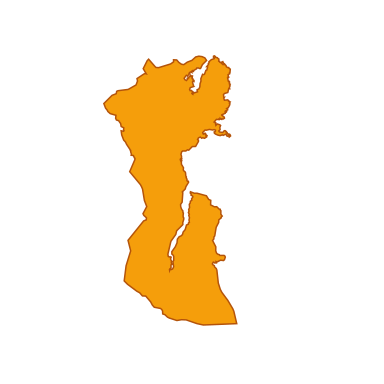 Etne nor, Hordaland, Norway, rotated 139°
{"feature_id": "86288312B21434642963", "entity_name": "Etne nor", "entity_type": "district", "adm_level": 2, "iso_a3": "NOR", "parent_name": "Norway", "parent_adm1": "Hordaland", "projection": "mercator", "projection_center": [6.058, 59.799], "detail": "fine", "context": "isolated", "style": "filled", "palette": "amber", "viewbox_px": 384, "rotation_deg": 139, "n_neighbors": 0, "source": "geoboundaries", "source_scale": "gbopen_adm2", "svg_char_len": 6089}
<svg xmlns="http://www.w3.org/2000/svg" viewBox="0 0 384 384"><g transform="rotate(139 192 192)"><path d="M301.5,169.4L301.2,164.6L298.7,153.2L297.6,150.3L297.6,146.1L295.2,143.8L295.3,136.2L296.1,132.7L296.1,129.8L292.2,124.8L291.9,123.2L292.3,121.5L294.1,119.2L292.9,117.1L292.6,113.7L291.8,111.7L287.7,104.9L283.7,102.5L280.3,99.3L274.6,89.4L270.7,84.2L244.6,63.3L238.7,74.5L237.8,77.2L236.1,86.6L235.3,96.7L234.5,100.0L231.9,106.0L224.5,116.7L223.9,118.3L224.1,120.7L223.5,121.7L224.0,123.6L223.8,124.4L222.0,125.1L221.6,124.8L221.5,123.7L220.1,122.5L219.5,123.7L218.9,122.7L215.2,121.8L213.2,119.6L211.9,119.6L209.6,121.0L209.2,122.0L209.4,123.1L212.6,125.9L212.5,126.8L213.4,128.3L213.6,129.6L212.7,132.0L210.0,135.0L208.3,141.9L206.4,142.2L204.9,143.7L203.7,143.9L196.9,149.5L191.9,151.5L190.0,153.4L186.9,153.3L186.6,153.9L185.0,154.0L184.8,156.3L182.5,158.9L182.6,159.5L182.0,160.4L182.7,161.2L183.0,164.7L184.8,166.1L186.4,170.1L183.3,173.4L184.3,175.5L183.6,179.7L189.0,187.8L191.1,189.6L193.0,193.2L194.0,192.4L193.9,191.0L194.8,190.3L194.2,188.5L194.6,187.7L196.8,187.1L197.6,185.9L199.3,186.1L200.7,184.8L202.1,184.5L204.1,181.8L206.0,181.0L206.8,179.6L208.3,178.8L208.6,177.0L209.7,176.6L210.8,174.2L212.6,172.9L213.9,170.8L214.9,171.0L216.0,170.1L217.8,170.7L221.8,168.1L224.9,167.6L227.2,166.1L229.4,166.1L230.9,166.7L234.0,166.0L236.6,163.5L240.6,161.6L246.4,160.2L247.9,158.4L247.7,156.6L248.0,155.5L250.6,152.4L252.0,152.1L254.9,147.6L257.0,146.7L258.6,147.1L259.4,148.3L260.0,147.6L260.4,147.4L259.8,148.3L259.0,148.3L258.5,147.8L258.6,148.4L257.4,148.7L255.8,150.7L254.7,150.6L253.9,152.3L252.8,153.4L252.2,155.5L250.5,156.5L251.0,157.5L251.9,157.5L251.6,157.6L252.2,158.9L251.0,160.9L240.3,168.6L232.1,170.6L229.0,172.8L220.3,173.4L219.0,175.0L216.3,176.7L215.2,177.8L215.2,178.6L214.4,179.8L212.3,181.8L212.3,182.5L211.3,183.7L211.2,185.6L210.3,188.1L208.8,190.1L206.1,190.8L199.4,197.5L199.3,198.4L195.1,198.7L193.2,200.0L188.2,201.6L187.7,202.5L188.4,203.2L188.2,204.1L187.4,204.9L187.0,206.7L186.4,207.0L186.1,208.3L184.3,210.7L184.0,211.9L184.3,213.3L184.1,214.4L182.5,215.9L181.8,219.8L180.3,221.7L180.1,223.1L179.8,223.6L179.5,223.1L179.7,222.1L179.0,222.5L179.0,223.1L177.9,223.9L178.5,224.5L177.5,224.6L176.4,225.9L175.6,227.7L173.4,229.1L172.2,229.1L169.7,227.0L167.7,226.8L167.0,225.7L162.0,226.1L159.4,224.0L154.0,225.9L153.1,226.9L153.4,227.9L151.6,228.6L149.7,228.0L149.4,226.2L148.3,225.9L147.3,224.3L145.3,224.0L145.0,224.6L144.6,224.1L143.7,224.7L144.1,225.1L144.1,226.2L143.2,225.8L143.7,226.3L143.6,227.1L144.1,227.7L143.0,227.2L143.9,228.0L145.4,228.2L145.5,228.8L144.9,229.9L141.5,230.2L140.6,229.2L137.8,227.8L135.7,225.2L134.4,224.6L133.7,223.3L134.9,222.3L135.8,222.8L136.5,221.8L136.3,220.4L135.2,218.0L133.8,216.1L131.5,215.2L131.3,214.3L128.5,213.5L128.9,211.0L127.6,210.3L127.9,209.0L126.1,209.0L125.7,209.9L126.2,210.3L125.8,211.0L126.5,211.3L126.5,212.1L127.1,212.9L126.5,213.8L126.9,215.1L126.5,215.2L126.7,216.5L127.4,217.1L129.8,216.8L131.8,219.2L131.9,220.0L131.5,220.6L129.9,220.6L128.6,222.5L126.8,223.4L126.9,224.5L128.3,226.8L130.3,226.6L129.3,228.5L128.9,228.9L129.2,228.0L128.6,228.7L129.4,230.3L125.9,230.8L123.9,228.7L123.5,228.9L123.8,229.0L123.7,229.3L123.1,228.7L122.5,229.2L122.5,228.1L121.9,227.2L121.5,227.3L121.8,228.2L120.6,226.6L119.1,226.4L118.5,227.4L119.0,228.3L118.7,229.4L119.2,230.2L118.8,230.7L115.3,229.6L114.4,230.7L114.1,229.9L113.5,229.8L112.9,230.2L112.9,231.1L111.2,230.6L110.6,231.4L110.9,232.2L109.2,231.9L106.6,232.9L105.5,233.7L105.7,234.2L105.3,234.7L104.1,234.9L104.8,236.6L104.4,236.8L104.6,238.1L107.3,240.0L106.5,241.9L105.5,242.2L106.0,242.5L104.3,244.9L102.8,245.0L99.7,243.6L96.5,245.9L95.8,245.2L95.3,246.3L93.7,247.1L93.7,247.6L93.0,247.9L93.0,248.5L92.5,248.5L92.7,249.3L91.5,250.4L91.8,250.9L91.4,251.2L91.9,251.7L90.6,254.3L89.1,254.5L89.6,255.2L88.7,255.4L87.8,256.9L85.9,256.5L85.3,257.5L84.9,257.3L82.5,259.6L82.9,261.0L82.6,261.8L83.5,262.7L83.9,264.1L83.4,264.9L83.4,266.2L84.3,267.3L83.4,267.5L83.7,268.6L83.2,270.2L84.5,270.6L85.2,269.2L85.4,270.8L85.9,271.8L85.5,272.5L86.0,273.2L84.5,274.7L84.7,275.5L84.8,275.7L84.8,276.8L85.8,278.1L85.5,278.8L85.7,280.0L86.6,280.4L87.4,279.7L87.2,278.7L87.7,278.1L90.6,279.2L93.8,279.2L94.2,278.4L95.4,278.3L95.8,277.5L98.5,277.0L98.1,276.7L98.1,276.2L100.9,274.3L101.7,274.7L105.3,272.7L106.2,272.9L106.8,273.9L111.0,271.7L112.5,269.8L114.8,268.5L117.1,266.2L119.1,265.3L121.2,265.8L122.1,264.0L126.7,265.9L126.1,265.8L125.9,266.0L126.6,266.1L126.3,266.2L127.3,265.8L127.2,266.4L127.3,265.9L127.5,266.4L125.6,267.3L126.0,269.3L126.9,269.7L126.6,270.9L124.9,271.9L121.5,270.5L121.6,270.9L120.8,271.6L120.8,272.1L119.4,274.8L118.5,275.0L118.0,274.1L117.3,274.9L117.6,276.0L117.1,276.6L117.5,277.5L115.5,279.3L116.3,280.0L116.5,280.9L117.1,279.9L117.6,280.8L119.0,280.6L119.5,281.3L119.9,280.3L121.0,280.9L121.2,280.1L123.1,279.8L123.7,281.5L123.3,283.0L119.7,283.8L119.4,282.9L117.6,282.5L116.6,283.3L115.9,282.9L115.5,283.8L114.2,283.4L113.7,282.3L113.3,283.3L112.2,283.3L112.4,282.7L111.8,282.0L111.0,282.6L107.8,282.0L107.0,282.4L105.8,281.4L105.0,279.8L104.3,279.7L100.6,281.3L94.7,281.7L94.3,284.8L95.6,287.6L97.7,290.0L100.6,291.5L105.7,291.4L110.4,293.1L114.6,293.5L116.1,295.3L116.9,298.4L116.9,301.7L119.2,303.9L120.5,302.3L124.2,302.7L135.7,307.8L137.6,309.8L137.6,320.7L139.7,320.5L147.9,317.1L149.0,311.2L149.6,312.1L150.8,312.6L159.1,313.7L160.3,311.5L164.0,309.5L172.9,311.3L181.4,317.0L182.8,317.4L184.7,315.9L188.9,317.4L200.5,316.6L202.2,312.0L202.3,309.5L202.7,307.9L202.3,304.8L199.1,299.8L201.3,297.7L201.8,295.9L200.6,294.0L201.0,290.4L202.5,287.9L201.4,285.2L202.8,283.9L203.0,283.0L203.8,282.7L205.3,284.7L207.6,281.2L209.5,276.0L209.4,273.4L210.1,270.9L210.9,264.8L211.2,264.2L211.0,263.7L211.9,262.6L212.9,260.3L213.8,259.7L212.3,257.9L213.1,255.5L212.9,254.9L213.9,253.9L225.7,248.2L226.1,231.4L226.6,229.2L227.4,226.7L233.5,216.8L235.7,210.7L243.2,207.8L243.7,206.0L243.3,202.4L244.8,201.0L247.5,201.9L272.0,197.5L276.9,187.8L290.1,179.6L301.5,169.4Z" fill="#f59e0b" stroke="#b45309" stroke-width="1.5"/></g></svg>